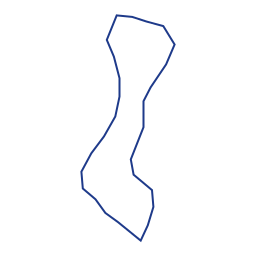 Ella Keryneias, Cyprus
{"feature_id": "46923920B40684211252077", "entity_name": "Ella Keryneias", "entity_type": "district", "adm_level": 2, "iso_a3": "CYP", "parent_name": "Cyprus", "parent_adm1": "", "projection": "equal_earth", "projection_center": [33.219, 35.339], "detail": "fine", "context": "isolated", "style": "outline", "palette": "blue", "viewbox_px": 256, "rotation_deg": 0, "n_neighbors": 0, "source": "geoboundaries", "source_scale": "gbopen_adm2", "svg_char_len": 447}
<svg xmlns="http://www.w3.org/2000/svg" viewBox="0 0 256 256"><path d="M81.4,171.7L82.8,188.5L95.5,199.3L105.4,213.0L118.1,222.2L140.7,240.6L147.8,225.3L153.4,206.9L152.0,190.1L133.6,174.7L130.8,159.4L143.5,127.2L143.5,101.2L150.6,87.4L166.1,64.4L174.6,44.5L163.3,26.1L146.4,21.5L132.2,16.9L116.7,15.4L106.8,39.9L113.9,56.7L119.5,78.2L119.5,96.6L115.3,116.5L104.0,136.4L91.3,153.3L81.4,171.7Z" fill="none" stroke="#1e3a8a" stroke-width="2"/></svg>